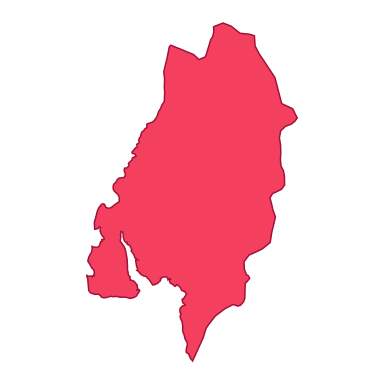 the district of Ndian, Sud-Ouest, Cameroon
{"feature_id": "32672807B48556267066765", "entity_name": "Ndian", "entity_type": "district", "adm_level": 2, "iso_a3": "CMR", "parent_name": "Cameroon", "parent_adm1": "Sud-Ouest", "projection": "natural_earth1", "projection_center": [8.796, 4.86], "detail": "fine", "context": "isolated", "style": "filled", "palette": "rose", "viewbox_px": 384, "rotation_deg": 0, "n_neighbors": 0, "source": "geoboundaries", "source_scale": "gbopen_adm2", "svg_char_len": 4031}
<svg xmlns="http://www.w3.org/2000/svg" viewBox="0 0 384 384"><path d="M203.2,337.7L206.1,328.3L208.3,325.0L215.2,316.1L222.7,310.4L225.3,308.5L233.1,304.5L238.1,306.1L240.7,305.1L243.6,301.7L244.8,298.6L245.0,290.4L245.2,283.5L246.8,281.8L249.7,278.4L248.2,275.6L246.5,274.8L244.4,269.5L244.2,265.8L244.0,261.8L248.9,255.2L262.2,249.0L270.2,242.5L271.8,232.0L273.5,225.2L274.2,222.4L275.4,216.9L272.7,209.2L272.1,206.2L271.6,204.0L270.0,197.9L272.6,193.5L275.7,192.2L281.5,189.3L284.6,185.0L284.5,179.2L284.4,175.7L283.3,170.4L281.1,166.3L280.4,159.7L280.8,153.3L280.6,145.4L279.4,137.9L280.7,130.8L285.4,126.4L291.1,124.2L294.7,121.5L297.2,118.0L292.7,108.8L281.7,103.6L274.9,77.6L264.0,61.0L259.2,53.9L255.1,46.0L254.4,35.7L249.0,34.1L240.1,33.3L233.7,28.2L231.2,26.2L224.3,23.5L223.1,23.0L213.6,26.7L213.8,31.8L212.7,36.7L210.8,39.5L206.2,54.6L205.1,57.1L200.8,58.7L199.1,59.7L193.7,54.6L170.8,45.2L169.3,46.9L167.0,58.5L165.6,64.0L163.8,71.8L164.6,79.4L164.4,84.7L164.3,87.6L164.7,92.3L164.4,98.9L164.3,101.4L161.9,105.1L160.5,108.7L158.8,111.2L158.4,112.2L157.9,113.9L156.9,116.7L154.4,120.4L152.2,122.2L147.1,123.9L146.7,124.5L147.0,126.2L146.8,127.7L145.1,128.6L144.0,130.3L141.6,132.4L140.4,136.8L139.3,138.2L138.7,140.2L139.2,142.5L138.7,143.2L136.7,144.3L137.2,146.3L136.8,147.3L136.6,147.4L135.8,147.6L132.0,152.0L132.1,153.0L132.6,153.5L134.9,153.9L136.1,155.6L136.0,155.8L135.7,156.6L134.7,156.5L134.0,157.5L133.0,157.5L132.2,158.2L131.9,160.2L129.2,162.4L128.4,163.8L129.1,165.2L128.6,166.3L126.3,168.2L124.7,168.1L124.2,169.6L124.2,170.8L125.4,174.1L125.0,176.1L124.2,177.4L119.1,178.1L117.4,179.4L115.5,182.7L114.2,183.7L113.4,185.1L113.1,187.0L113.3,189.4L114.5,191.3L118.0,194.6L119.2,197.1L119.3,201.5L115.7,204.0L111.8,207.1L109.9,208.1L107.7,208.2L105.6,207.0L104.6,204.4L103.0,203.8L101.6,204.3L99.1,207.3L99.0,207.5L97.5,210.6L95.6,217.9L94.3,222.5L94.7,229.3L97.6,228.7L98.3,228.4L98.7,227.8L99.3,226.9L100.6,227.7L100.4,228.9L100.1,230.8L100.7,232.9L101.9,235.2L103.9,237.9L104.2,239.5L103.3,239.7L101.9,239.4L101.7,240.0L102.1,240.7L101.8,241.7L101.0,241.5L100.5,242.0L99.7,244.8L99.5,245.5L98.4,246.7L97.2,247.4L93.6,247.0L92.0,246.4L92.2,249.0L91.5,252.4L90.0,254.6L88.7,257.4L87.8,261.0L90.9,266.1L91.6,267.9L92.4,268.2L94.2,270.9L94.1,271.8L94.5,272.8L93.7,274.9L94.1,275.9L92.7,275.9L92.3,276.9L91.3,276.0L88.2,276.3L86.9,275.4L86.8,276.5L87.7,278.7L88.7,290.2L89.6,291.9L91.3,293.3L92.0,293.5L93.8,293.8L94.5,294.4L98.5,294.2L100.9,296.0L101.3,297.1L103.7,297.8L106.2,297.6L110.6,296.3L112.6,296.7L116.6,296.4L120.1,297.2L126.0,297.2L129.7,298.3L130.2,298.3L132.1,298.0L134.3,297.3L136.3,296.1L139.5,291.3L139.7,290.4L138.8,289.5L137.1,290.1L137.1,289.4L137.7,288.8L137.2,286.3L137.3,285.2L133.8,281.0L132.6,280.8L131.0,280.0L130.2,280.1L130.0,276.5L129.1,275.9L128.1,274.3L128.3,273.5L127.4,269.4L127.5,266.6L127.1,259.0L125.4,249.6L124.1,246.6L120.8,241.9L120.2,240.9L120.9,236.2L120.4,234.3L120.9,233.7L121.1,231.4L122.9,232.2L123.4,237.6L124.4,240.9L125.8,242.4L127.2,242.4L126.9,243.6L127.3,244.2L129.9,245.7L130.4,246.8L131.7,249.4L131.1,250.8L133.9,254.8L134.8,257.7L137.6,259.8L135.8,259.7L135.6,260.2L136.6,266.3L137.6,269.2L137.4,270.0L136.8,270.4L138.2,271.2L140.9,274.4L143.7,276.0L145.5,276.3L146.5,276.9L147.8,278.5L148.7,279.1L152.8,285.0L155.1,284.6L156.0,283.8L157.4,283.6L158.9,281.9L160.1,281.1L160.7,280.0L160.4,278.6L163.3,277.0L166.3,276.9L167.6,278.2L167.9,279.6L168.7,278.7L170.1,278.8L170.5,279.3L169.4,279.6L169.3,280.5L170.2,283.0L173.5,284.9L174.5,286.1L175.4,286.3L177.1,284.5L180.2,287.3L181.6,290.3L184.1,291.5L184.4,291.2L186.5,294.0L183.3,299.0L182.3,299.0L182.2,300.2L182.9,302.8L184.5,304.1L185.0,305.3L183.1,305.7L181.7,306.6L180.0,308.7L179.9,311.7L180.4,313.3L181.2,314.0L180.8,314.7L180.1,315.8L180.5,318.3L182.1,322.0L182.8,326.5L182.6,330.0L182.8,331.5L184.2,335.2L185.0,338.7L186.9,342.2L187.4,344.0L186.6,347.9L186.1,350.5L186.2,352.1L187.0,353.0L188.4,353.6L190.4,358.2L192.6,361.0L203.2,337.7Z" fill="#f43f5e" stroke="#9f1239" stroke-width="1.5"/></svg>